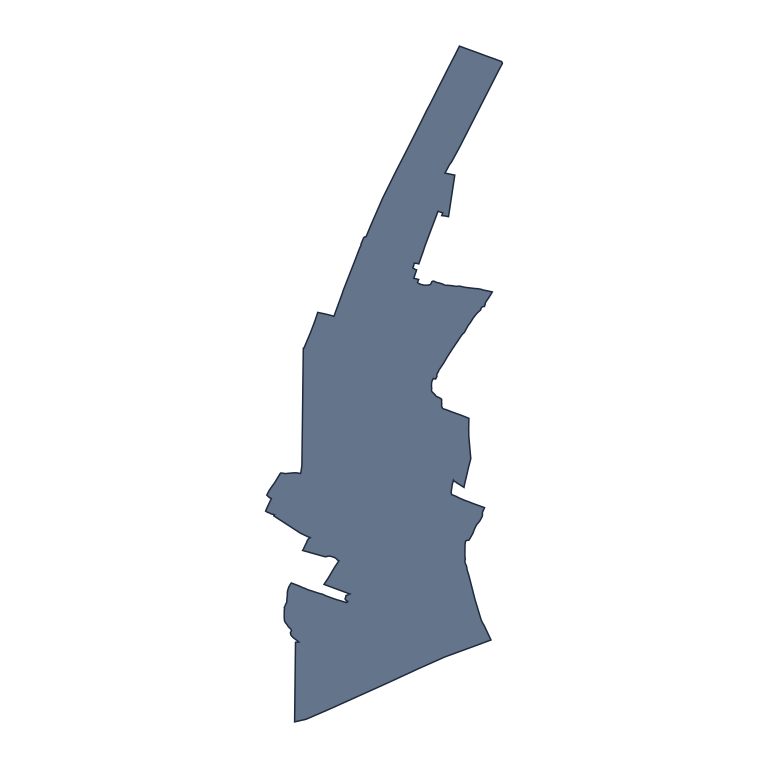 Piscu Vechi, Dolj, Romania (Natural Earth projection)
{"feature_id": "2599482B15359512308181", "entity_name": "Piscu Vechi", "entity_type": "district", "adm_level": 2, "iso_a3": "ROU", "parent_name": "Romania", "parent_adm1": "Dolj", "projection": "natural_earth1", "projection_center": [23.159, 43.89], "detail": "fine", "context": "isolated", "style": "filled", "palette": "slate", "viewbox_px": 768, "rotation_deg": 0, "n_neighbors": 0, "source": "geoboundaries", "source_scale": "gbopen_adm2", "svg_char_len": 6065}
<svg xmlns="http://www.w3.org/2000/svg" viewBox="0 0 768 768"><path d="M498.7,70.4L502.4,63.5L502.2,62.5L501.7,61.7L501.2,61.4L499.9,60.9L497.6,60.1L495.4,59.2L491.4,57.8L485.3,55.6L468.1,49.3L459.4,46.1L458.2,48.6L454.9,55.2L447.2,70.1L443.8,76.9L438.3,87.6L435.2,93.9L430.1,104.0L426.6,110.5L422.1,119.7L415.0,133.9L411.9,140.0L405.5,152.7L395.6,171.9L389.5,184.3L382.5,198.4L370.9,225.1L366.1,236.6L365.9,236.8L365.5,236.8L364.6,237.0L363.9,237.5L363.4,238.3L363.3,238.7L363.1,239.0L361.1,243.9L360.9,244.6L361.0,244.8L361.1,245.0L361.1,245.3L360.8,245.9L360.7,246.3L360.5,246.5L360.4,246.7L360.3,246.8L360.1,247.0L354.8,260.8L349.8,273.6L343.3,290.2L342.3,293.3L334.5,314.7L334.0,316.3L330.6,315.3L324.9,313.9L317.7,312.4L316.8,315.3L315.7,318.6L313.8,323.9L310.3,333.0L303.9,348.2L303.3,348.2L301.9,465.5L300.8,472.7L300.5,473.5L297.3,472.9L295.4,472.8L294.0,472.8L289.5,473.2L287.4,473.4L285.0,473.6L283.2,473.2L280.7,473.0L280.1,473.7L274.7,482.6L270.9,487.9L269.1,490.6L267.0,494.7L266.8,495.2L269.5,497.7L271.4,498.5L267.0,507.7L265.6,511.1L267.4,512.3L268.7,512.7L269.9,513.1L270.8,513.8L274.5,514.7L273.8,515.9L300.9,533.5L302.2,534.0L304.2,535.0L307.8,536.7L310.2,537.6L308.8,538.6L307.9,539.5L307.1,541.0L306.6,542.4L304.1,547.5L303.4,549.2L302.6,550.5L314.4,553.8L324.8,556.7L325.4,556.7L326.1,556.8L327.1,556.4L328.0,556.2L329.2,556.1L330.6,556.3L331.3,556.4L332.0,556.7L332.6,556.9L334.7,557.6L334.9,557.7L336.6,558.9L337.2,559.8L338.5,560.6L338.9,560.8L334.8,566.9L328.2,578.1L324.0,584.4L349.9,594.0L349.7,594.1L348.6,594.1L348.5,594.3L348.1,594.7L347.6,595.2L346.6,595.3L346.2,595.3L345.9,595.7L345.8,596.9L345.4,597.8L345.4,598.1L345.2,598.3L345.1,598.5L345.2,598.8L345.3,599.0L345.2,599.4L345.4,599.7L346.0,600.0L346.4,600.9L347.6,601.1L347.7,601.9L346.3,602.6L343.3,601.6L338.9,600.3L336.8,599.7L331.8,598.0L325.4,595.6L322.6,594.2L318.6,593.2L310.1,590.4L308.6,590.0L307.6,589.6L304.4,588.1L303.1,587.8L301.4,587.0L299.3,586.0L291.4,583.0L290.8,583.5L288.8,586.9L288.1,589.1L287.7,590.2L287.5,591.4L287.4,591.9L287.3,592.7L287.4,593.3L287.3,594.2L287.4,595.1L287.2,596.0L286.7,601.9L286.6,602.6L286.1,603.6L285.6,604.2L285.5,604.4L285.2,605.3L285.0,606.3L284.8,606.6L284.3,607.4L284.2,607.6L284.2,607.9L284.3,608.2L284.5,608.6L284.6,609.0L284.5,609.4L284.3,610.1L284.2,610.9L284.2,612.1L284.3,612.8L284.3,614.1L284.2,614.8L284.2,615.6L284.2,617.8L284.5,620.7L285.0,622.0L285.5,622.8L286.7,624.2L287.3,625.0L288.1,626.4L288.5,626.9L289.0,627.4L290.5,628.8L290.9,629.2L291.1,629.5L291.2,629.8L291.3,630.0L291.3,630.8L291.3,631.2L291.2,631.4L291.1,631.6L290.8,632.0L290.5,632.3L290.4,632.9L290.5,633.4L290.6,634.0L290.9,635.1L292.0,636.4L293.4,637.8L295.4,639.3L297.4,640.8L298.8,642.0L295.5,642.3L294.6,721.9L306.0,719.3L328.9,709.4L357.1,696.7L386.6,683.4L419.1,668.4L444.7,657.0L491.0,640.0L484.1,625.4L483.0,623.6L481.3,620.3L475.1,599.8L469.0,575.9L467.2,570.1L466.6,566.3L465.3,563.3L464.8,561.4L465.3,559.4L465.0,557.1L464.9,553.8L465.0,548.1L465.0,545.1L465.3,542.5L465.7,541.0L467.0,540.3L468.3,540.3L468.9,540.2L469.9,538.6L472.8,533.5L474.6,528.8L476.5,524.9L479.7,521.1L480.8,519.2L482.3,516.3L482.5,514.2L482.4,512.5L483.8,509.4L484.6,507.7L478.1,505.3L473.6,503.7L467.8,501.4L465.6,500.7L459.5,498.1L456.0,496.3L451.7,494.6L451.5,494.0L451.2,492.5L451.6,488.9L451.9,487.2L452.3,484.2L453.2,481.3L453.4,480.2L453.8,480.8L454.7,481.5L455.9,482.1L457.2,483.2L459.5,484.5L462.1,486.2L464.0,487.4L464.3,485.6L465.1,481.9L466.3,477.2L468.3,468.3L470.8,458.6L468.8,436.2L468.7,428.8L468.9,418.3L460.9,415.1L455.0,413.0L450.3,411.3L448.3,410.5L445.6,409.5L444.3,409.1L443.5,408.9L443.0,408.6L442.7,408.3L442.4,407.9L442.0,407.3L441.9,406.7L441.6,406.4L441.6,404.9L441.8,403.8L441.7,403.3L441.6,402.7L441.6,402.1L441.6,401.4L441.7,400.1L441.6,399.3L441.0,398.7L439.6,397.9L437.0,396.6L436.1,396.2L435.6,395.7L435.3,395.0L434.7,394.4L433.3,393.0L431.8,391.5L431.5,390.5L431.7,388.6L431.5,386.2L431.5,383.9L431.7,382.4L432.1,380.8L432.7,379.8L433.3,378.5L433.5,378.4L434.4,378.8L435.4,379.1L435.6,379.0L436.2,377.8L436.7,376.9L437.0,376.2L436.8,375.7L436.8,375.0L436.9,374.2L437.2,373.7L437.5,373.0L438.4,371.7L438.8,370.4L439.3,369.5L440.0,368.6L441.5,366.3L443.5,363.4L445.9,359.3L447.4,356.7L448.8,354.6L449.4,353.5L451.1,351.0L452.2,349.2L453.6,347.2L456.1,343.4L457.7,341.2L459.2,338.8L461.3,335.7L462.2,334.5L462.9,333.8L463.9,332.9L464.5,332.2L465.7,330.0L468.2,325.4L468.8,324.6L469.6,323.7L471.1,321.4L473.3,317.9L476.9,313.3L477.5,312.8L478.2,312.2L478.8,311.5L479.3,311.1L480.2,310.4L480.7,309.9L480.8,309.5L480.7,309.0L480.8,308.7L481.1,308.2L481.4,307.9L481.9,307.3L482.5,306.7L483.1,306.5L484.2,306.6L484.4,306.5L484.6,306.2L484.6,305.9L484.9,304.9L485.2,304.3L485.2,303.6L485.6,302.5L486.5,300.9L487.4,299.8L489.2,297.0L491.2,293.9L492.3,291.9L485.8,290.5L482.5,289.9L481.7,289.4L480.0,289.1L478.0,288.7L474.9,288.5L466.4,287.5L463.3,287.0L462.6,286.8L462.0,286.6L461.0,286.4L459.7,286.2L458.7,286.1L458.0,286.2L457.1,286.3L455.8,286.3L455.1,286.3L453.6,285.9L451.4,285.6L449.7,285.5L448.0,285.3L445.9,285.3L445.4,285.3L444.9,285.1L444.5,285.0L443.4,284.4L442.5,284.0L439.0,282.9L438.3,282.8L436.4,282.3L435.9,282.1L435.4,281.9L435.0,281.6L434.5,281.4L433.4,281.1L432.6,281.2L432.1,281.5L431.9,281.7L431.6,282.2L431.1,283.3L430.7,284.1L430.4,284.4L430.1,284.6L429.4,284.8L428.7,285.0L428.2,285.1L426.9,285.1L426.1,285.2L425.7,285.2L425.1,285.2L424.6,285.2L423.5,285.0L421.2,284.5L420.8,284.3L419.7,283.9L417.5,282.7L417.6,282.2L418.1,280.8L418.7,279.5L415.6,278.7L413.7,278.2L414.6,276.0L415.2,274.0L416.0,271.8L416.6,269.8L415.6,269.6L415.2,269.4L414.8,269.2L414.3,268.8L414.1,268.6L413.6,268.3L413.2,268.2L412.9,268.1L412.8,267.7L412.8,267.3L413.6,266.1L414.2,263.3L415.8,263.3L416.2,263.3L417.2,263.5L418.8,263.9L423.1,251.8L424.9,246.2L426.0,243.2L426.6,241.7L429.0,235.2L433.5,223.3L436.7,214.9L437.8,211.7L438.0,211.3L442.0,212.6L442.8,212.8L441.7,215.6L445.1,216.0L448.5,216.7L454.8,175.1L445.0,173.1L449.5,164.7L451.4,162.2L452.2,160.8L460.0,146.4L498.7,70.4Z" fill="#64748b" stroke="#1e293b" stroke-width="1.5"/></svg>